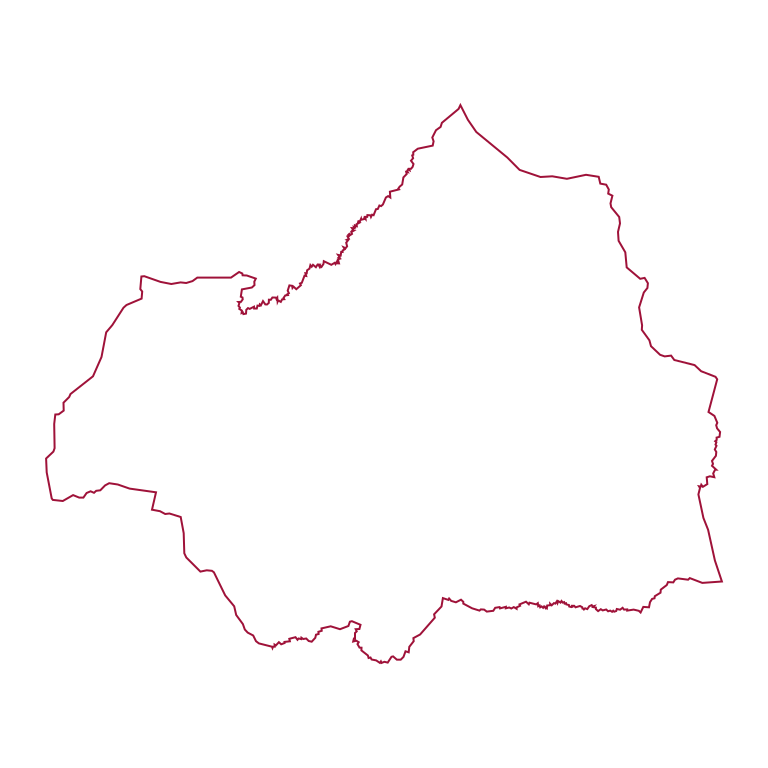 Nong Bua, Nakhon Sawan, Thailand
{"feature_id": "78962969B24099106411844", "entity_name": "Nong Bua", "entity_type": "district", "adm_level": 2, "iso_a3": "THA", "parent_name": "Thailand", "parent_adm1": "Nakhon Sawan", "projection": "natural_earth1", "projection_center": [100.631, 15.883], "detail": "fine", "context": "isolated", "style": "outline", "palette": "rose", "viewbox_px": 768, "rotation_deg": 0, "n_neighbors": 0, "source": "geoboundaries", "source_scale": "gbopen_adm2", "svg_char_len": 6093}
<svg xmlns="http://www.w3.org/2000/svg" viewBox="0 0 768 768"><path d="M141.4,276.5L140.3,289.1L142.2,291.5L141.6,298.6L126.5,305.0L123.5,307.7L112.3,325.1L106.2,332.3L101.5,357.0L93.0,376.3L70.5,394.0L69.2,397.0L63.5,402.7L63.7,410.6L58.7,414.3L55.3,414.5L54.2,424.0L54.6,448.2L53.4,451.6L46.1,458.5L46.7,472.4L51.7,498.4L52.8,499.9L62.8,501.0L73.1,495.1L79.2,497.6L83.4,497.6L86.6,493.0L90.6,491.3L94.0,492.8L96.2,490.8L100.3,490.3L105.1,485.4L109.2,483.2L117.8,484.5L129.6,488.6L156.0,492.3L152.0,509.7L160.0,511.2L165.2,514.0L169.4,513.5L180.7,517.0L183.7,533.2L184.3,553.3L186.3,557.5L200.4,571.6L206.7,570.3L211.9,570.8L213.9,572.3L225.2,595.4L234.2,606.3L236.2,615.0L242.9,624.1L244.8,629.5L247.7,632.6L253.2,635.5L256.0,641.2L258.9,643.4L272.0,646.7L272.5,648.0L273.0,646.7L274.7,646.7L274.6,644.6L275.9,645.4L278.9,642.2L281.2,644.3L284.6,643.0L284.5,641.9L289.9,641.3L289.3,638.8L295.5,637.2L297.5,639.8L298.6,638.5L301.2,639.1L301.4,637.7L303.2,639.0L306.2,638.5L308.7,641.0L311.7,641.7L315.3,637.8L316.0,634.7L318.6,634.0L318.4,631.8L321.7,630.8L321.5,628.4L330.7,626.3L340.0,629.2L348.4,626.0L349.9,621.7L351.9,621.2L360.5,624.8L359.4,629.0L355.7,629.2L356.7,631.4L355.0,633.0L355.0,638.8L353.9,638.6L353.2,641.5L356.3,640.7L358.7,642.2L357.5,644.1L359.5,647.6L361.5,647.7L361.4,650.4L367.9,655.5L368.6,658.0L370.5,657.5L371.6,659.5L376.2,660.4L379.9,662.9L380.9,661.4L381.6,662.9L384.4,661.8L387.7,662.6L391.5,656.8L393.1,656.4L396.9,659.7L400.7,659.7L403.5,656.9L405.5,651.3L408.7,652.3L409.3,646.8L413.7,641.2L413.4,638.1L420.1,634.5L434.8,617.7L434.1,614.3L441.5,606.5L442.9,598.1L448.3,599.9L449.1,598.5L451.2,600.9L455.9,602.3L461.0,599.7L463.3,601.8L463.3,603.6L472.1,608.3L479.5,610.6L480.8,609.4L484.1,609.6L486.8,611.6L493.3,610.8L495.2,607.8L499.6,607.1L500.0,608.4L505.9,606.8L505.8,608.3L509.2,607.5L511.3,608.5L513.8,607.1L516.6,608.8L516.6,607.4L520.1,605.8L519.5,604.4L526.0,601.7L528.8,604.3L529.5,602.7L536.2,604.4L537.8,603.2L538.2,606.2L539.6,605.4L540.2,607.3L541.6,606.4L543.1,607.8L544.1,606.4L545.7,608.2L546.1,607.2L546.9,608.0L547.2,605.5L550.3,605.2L550.2,603.8L551.7,605.3L554.0,603.1L555.3,603.6L556.8,601.4L557.5,603.1L558.2,601.1L560.5,602.6L561.5,601.0L562.8,602.6L564.1,602.1L564.6,603.6L566.0,603.2L566.3,604.4L568.9,605.0L569.2,606.5L571.4,607.1L572.4,606.8L572.1,605.8L574.2,605.8L575.5,607.3L580.0,606.0L582.2,607.2L582.6,609.3L582.8,608.3L583.9,609.5L585.1,608.3L587.3,609.1L589.3,606.2L591.7,605.1L592.5,606.5L594.0,606.1L593.1,607.1L595.9,607.6L595.9,609.1L598.1,611.1L600.8,609.2L602.7,610.4L606.2,609.5L608.1,611.3L610.2,610.6L612.1,611.8L613.2,610.7L614.2,611.7L616.2,611.0L616.8,609.0L620.1,609.7L622.6,607.8L624.0,609.6L627.2,609.4L627.2,610.6L633.6,609.6L638.8,610.8L640.6,612.5L643.3,606.9L649.0,607.3L650.0,602.2L652.1,598.9L654.5,598.3L654.8,596.2L660.5,592.7L660.8,589.6L666.8,585.0L668.0,582.1L673.3,582.4L675.0,579.7L677.9,578.4L688.1,579.7L689.8,578.1L702.3,582.9L721.9,581.5L714.9,560.5L708.1,529.8L703.4,517.9L698.4,494.4L700.0,488.0L699.0,486.3L700.7,486.6L701.3,484.7L702.9,486.8L707.3,484.1L706.7,477.3L709.9,476.3L714.3,477.2L713.2,473.4L715.1,469.7L716.2,469.7L712.0,465.8L713.0,463.9L712.0,460.9L715.9,455.8L716.3,452.0L714.8,449.4L716.5,445.8L715.5,444.6L716.4,442.2L715.2,441.2L716.7,439.9L716.6,437.6L719.5,436.8L720.1,432.0L717.1,428.4L716.2,425.2L717.3,422.8L714.4,415.9L708.5,412.0L717.2,379.3L715.5,376.8L701.1,371.2L694.6,365.1L674.3,360.0L671.1,355.6L664.7,356.4L660.1,354.8L651.0,346.2L649.4,340.3L641.8,329.8L642.1,325.4L639.1,307.4L643.8,292.5L647.4,288.0L647.9,283.2L644.6,277.9L640.2,278.8L626.7,267.4L625.3,252.3L618.6,240.8L618.0,231.9L620.0,223.4L619.2,217.0L611.2,207.2L610.5,203.4L612.4,195.7L608.2,193.6L608.8,189.5L606.2,184.7L600.3,183.6L598.7,176.8L586.0,174.8L566.9,178.8L552.3,176.3L540.5,177.0L519.6,169.9L507.3,157.5L476.3,132.0L467.9,119.8L460.4,105.1L458.6,108.9L441.9,122.8L440.6,126.9L436.0,130.2L432.3,137.5L433.6,141.3L432.7,145.6L417.8,148.7L413.2,152.2L413.3,154.8L412.2,155.4L413.1,158.2L411.0,160.7L413.5,164.0L412.6,166.9L411.0,168.8L409.1,168.8L409.5,170.2L408.1,169.4L407.1,171.0L407.8,172.2L406.2,171.9L406.7,174.0L403.4,177.4L402.2,184.5L399.6,186.7L398.3,188.6L399.0,189.4L389.9,191.7L390.3,197.5L388.1,196.1L385.9,197.5L382.9,204.5L381.1,206.1L379.4,205.5L377.8,209.0L376.0,209.2L373.6,215.2L372.1,214.7L371.0,216.9L370.5,215.3L367.4,215.1L367.2,216.9L365.5,216.9L365.6,219.1L364.4,217.7L364.0,219.1L361.3,219.7L361.1,218.7L359.9,221.4L358.4,221.2L358.1,222.1L359.4,222.7L356.6,224.2L356.8,226.1L355.0,225.4L355.2,227.0L353.8,226.7L354.4,228.3L352.0,228.1L353.1,229.7L352.1,230.8L353.3,230.9L351.3,232.0L352.0,233.9L350.3,235.0L349.3,233.9L348.2,235.0L348.7,236.1L347.5,236.4L348.9,238.9L346.9,239.8L348.0,240.3L346.2,242.7L347.1,246.3L345.6,248.2L343.6,247.3L344.7,249.3L342.6,250.5L342.6,252.0L341.2,251.9L340.7,255.5L338.1,254.9L339.6,257.0L338.6,257.7L339.9,258.7L337.9,259.4L339.0,263.4L337.0,263.3L336.8,261.8L335.5,264.1L334.7,262.8L331.3,264.8L323.8,261.2L323.5,263.9L321.5,266.9L320.6,266.1L319.9,267.3L319.0,265.7L319.7,264.6L317.6,264.5L315.9,267.2L313.0,264.8L311.7,266.7L310.4,265.1L309.5,268.6L307.1,270.3L306.7,273.3L305.4,273.2L306.2,276.0L304.5,275.7L301.8,282.8L300.0,283.5L300.9,285.2L296.3,289.2L293.5,286.6L292.5,287.9L292.1,285.8L289.4,285.4L287.7,290.7L288.9,293.2L287.3,294.3L287.8,295.1L285.3,295.4L283.5,298.0L284.2,299.2L282.1,299.4L280.8,301.9L278.2,300.4L277.6,301.7L277.3,297.8L276.5,299.0L276.0,297.6L272.4,297.5L270.8,299.8L268.9,299.7L268.8,302.9L267.0,304.5L265.3,304.4L263.0,301.1L260.9,305.3L259.8,304.4L259.5,305.9L257.5,305.6L256.8,308.5L254.1,308.5L254.0,306.7L249.7,308.9L248.0,308.1L246.3,309.8L246.0,313.6L243.4,314.1L242.8,312.4L241.6,313.0L241.9,310.6L239.3,308.9L239.9,307.6L238.5,305.9L239.4,303.0L238.4,302.0L240.9,301.9L242.7,299.4L242.5,297.5L240.8,296.7L241.9,289.4L251.9,287.5L254.5,285.1L254.3,281.7L255.8,278.6L246.8,275.5L242.6,275.3L242.3,273.5L239.1,272.0L231.0,277.6L197.3,277.6L192.5,281.1L186.2,283.0L180.6,282.4L171.3,284.0L160.5,281.9L144.3,276.2L141.4,276.5Z" fill="none" stroke="#9f1239" stroke-width="2"/></svg>